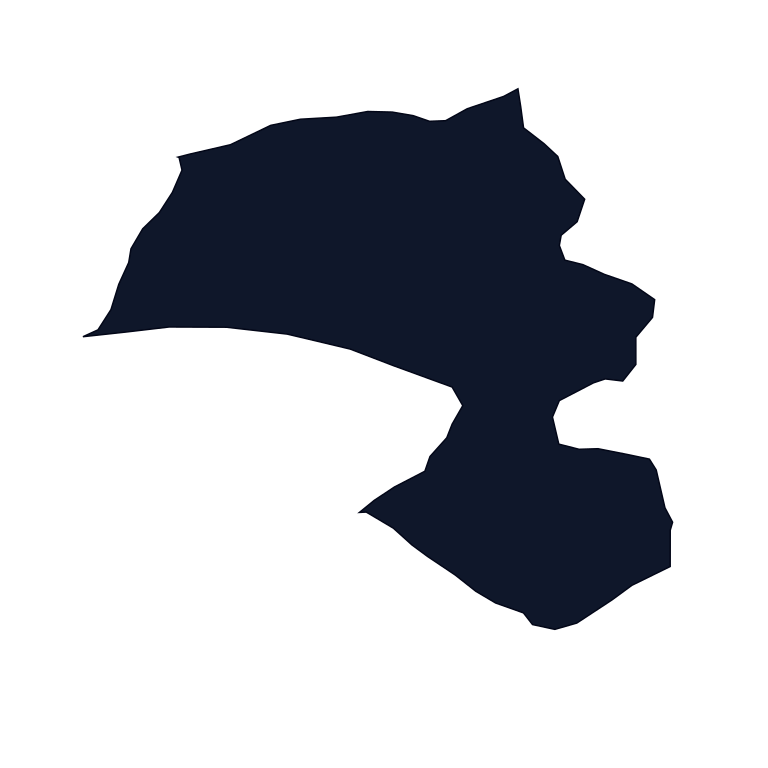 the district of Sandviken, Gävleborg, Sweden, rotated 347°
{"feature_id": "70781695B54333453376025", "entity_name": "Sandviken", "entity_type": "district", "adm_level": 2, "iso_a3": "SWE", "parent_name": "Sweden", "parent_adm1": "Gävleborg", "projection": "equal_earth", "projection_center": [16.677, 60.515], "detail": "fine", "context": "isolated", "style": "filled", "palette": "ink", "viewbox_px": 768, "rotation_deg": 347, "n_neighbors": 0, "source": "geoboundaries", "source_scale": "gbopen_adm2", "svg_char_len": 1215}
<svg xmlns="http://www.w3.org/2000/svg" viewBox="0 0 768 768"><g transform="rotate(347 384 384)"><path d="M234.4,116.6L235.3,117.2L235.3,130.2L220.9,149.7L203.7,166.4L183.8,178.5L167.9,195.3L162.6,208.2L148.0,227.2L134.7,250.1L117.5,266.9L101.3,270.2L144.1,275.3L187.4,280.1L243.1,293.2L300.9,313.6L358.8,342.3L398.0,368.7L449.7,402.3L455.9,422.8L441.4,438.4L433.1,450.5L412.5,465.0L404.2,478.2L371.0,486.7L348.3,495.2L331.2,503.6L337.9,504.8L360.7,526.6L375.1,547.2L387.6,561.8L410.3,586.0L426.9,606.7L443.5,622.5L468.4,638.4L474.6,651.8L492.9,660.4L495.3,661.5L518.1,660.3L557.5,645.7L580.3,635.9L621.8,626.2L630.0,590.9L634.1,583.6L629.9,567.8L629.9,529.0L625.7,516.9L605.0,507.3L578.0,495.2L559.4,491.5L540.8,481.9L540.7,454.1L551.1,439.6L588.3,430.0L600.7,428.8L617.3,434.8L633.8,421.6L639.9,395.1L660.6,379.5L666.7,362.7L648.1,342.3L623.3,326.7L604.6,312.4L588.1,304.0L586.0,288.5L590.1,278.9L608.7,269.3L621.1,249.1L606.6,225.2L604.5,201.4L594.1,186.0L577.6,165.8L579.6,144.5L580.9,126.5L565.3,130.7L527.1,134.5L503.3,141.3L487.5,138.3L473.0,129.2L453.2,120.9L429.4,114.8L397.7,113.3L362.1,107.2L331.8,106.5L288.2,116.3L247.3,116.3L234.4,116.6Z" fill="#0f172a" stroke="#020617" stroke-width="1.5"/></g></svg>